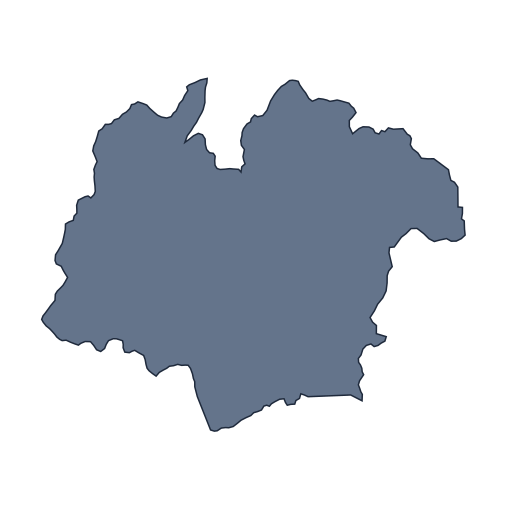 outline of Anicuns, Goiás, Brazil, rotated 7°
{"feature_id": "56859067B81756227980733", "entity_name": "Anicuns", "entity_type": "district", "adm_level": 2, "iso_a3": "BRA", "parent_name": "Brazil", "parent_adm1": "Goiás", "projection": "natural_earth1", "projection_center": [-49.983, -16.403], "detail": "fine", "context": "isolated", "style": "filled", "palette": "slate", "viewbox_px": 512, "rotation_deg": 7, "n_neighbors": 0, "source": "geoboundaries", "source_scale": "gbopen_adm2", "svg_char_len": 4003}
<svg xmlns="http://www.w3.org/2000/svg" viewBox="0 0 512 512"><g transform="rotate(7 256 256)"><path d="M56.3,333.9L54.0,338.0L51.9,341.4L51.0,345.1L53.0,347.8L56.3,351.0L59.9,353.2L63.2,355.9L65.6,358.0L68.2,360.7L71.2,362.6L73.9,363.6L77.8,362.7L82.5,364.2L86.8,365.3L90.6,366.1L92.8,364.0L96.8,361.7L102.2,361.2L105.8,364.5L109.2,368.5L113.5,369.7L117.0,366.3L118.1,362.0L119.9,358.0L124.4,355.5L127.6,355.2L130.6,355.7L133.9,356.4L135.0,360.0L135.3,363.3L137.5,367.4L142.1,367.4L144.6,365.6L147.1,364.4L151.3,366.3L156.6,368.4L158.6,372.3L160.1,377.1L161.6,380.7L163.8,382.9L167.6,385.3L171.5,387.4L174.2,383.3L178.0,380.4L181.1,378.3L183.4,376.0L187.6,374.9L191.5,373.1L195.5,373.6L199.1,372.9L202.0,372.7L204.7,375.6L207.3,380.7L208.8,385.2L210.5,388.2L211.2,393.3L214.9,402.7L232.1,434.2L236.0,434.9L238.8,434.2L242.6,431.0L246.7,430.0L249.9,429.8L254.2,428.0L258.1,424.1L261.2,420.8L265.9,417.6L270.3,415.0L272.8,411.8L276.6,410.2L280.2,408.2L282.1,404.0L284.8,402.8L287.6,403.5L289.3,400.8L292.5,398.3L296.9,395.3L301.2,394.3L303.1,397.8L305.2,400.3L308.6,399.0L312.5,398.3L313.2,394.6L316.5,392.1L317.3,387.3L321.1,388.1L324.8,389.3L366.9,382.4L378.9,386.8L378.4,380.4L376.6,378.0L375.1,374.8L373.3,371.4L374.0,367.2L377.3,360.7L375.5,358.0L374.7,354.5L373.0,351.5L370.8,349.0L370.1,345.2L372.3,341.5L373.4,335.4L376.4,331.3L380.8,329.3L384.3,331.5L388.0,329.9L391.0,327.1L394.3,324.8L395.1,320.2L384.9,318.4L384.0,310.3L379.8,307.5L376.7,303.2L380.2,296.0L382.6,289.0L386.9,282.2L389.4,274.8L389.4,266.8L388.6,259.5L389.5,254.8L392.5,250.0L387.6,236.7L387.5,231.2L392.1,230.2L398.0,219.6L402.2,215.5L406.5,209.9L412.5,209.0L419.9,213.4L425.6,217.8L431.2,219.9L436.6,217.7L443.0,215.5L447.9,217.5L453.0,216.8L457.7,213.7L461.0,209.8L459.7,204.0L458.4,195.8L455.4,194.1L455.7,188.6L455.0,182.6L450.5,182.7L449.5,175.0L447.9,163.0L444.0,158.6L440.2,157.2L438.1,151.9L436.5,146.9L420.6,137.8L414.8,138.6L408.2,138.8L404.1,134.0L398.3,130.5L395.6,126.8L395.9,120.6L394.1,117.9L391.3,116.7L386.4,111.7L377.0,113.4L371.8,112.7L368.8,116.9L365.3,116.2L363.2,119.9L359.2,119.2L356.8,115.8L352.4,114.2L346.5,114.7L342.8,116.9L337.0,122.9L332.9,116.3L332.1,110.1L334.7,106.6L337.8,101.5L335.0,97.4L332.3,95.7L329.6,93.0L325.0,92.3L320.5,91.6L317.5,91.3L313.9,92.5L310.5,93.5L307.4,92.6L303.3,92.1L298.9,92.1L296.3,93.7L293.0,95.5L289.2,93.2L285.3,88.0L282.3,85.1L278.5,80.8L276.6,77.5L273.8,77.1L270.6,77.1L267.9,77.8L263.9,82.0L260.5,84.6L257.4,88.9L254.7,93.5L251.6,100.3L249.2,110.0L245.6,115.8L240.5,117.6L237.4,116.3L234.6,120.2L234.2,123.6L231.0,126.0L228.1,131.1L227.2,135.1L227.4,138.4L226.8,143.3L228.0,147.9L231.5,151.7L231.0,159.0L232.2,162.5L233.9,165.9L231.0,169.2L230.9,174.5L228.2,172.1L222.9,172.4L219.3,172.5L214.6,173.6L209.8,174.5L206.7,173.9L204.3,171.0L203.4,166.5L203.3,161.9L201.1,159.3L197.3,159.2L194.0,156.3L192.2,151.7L191.2,146.0L188.1,142.2L183.8,141.3L179.3,144.3L175.2,148.6L171.6,151.9L173.1,145.1L176.4,139.3L178.4,134.7L180.6,130.7L182.3,126.0L184.7,120.3L185.7,117.0L186.6,109.9L185.9,104.7L185.3,98.1L185.3,94.4L186.1,90.2L185.9,85.7L179.4,88.0L174.3,91.3L168.9,94.2L166.6,96.6L168.2,100.2L165.6,105.4L164.2,110.1L161.4,114.0L160.3,118.1L159.0,121.8L156.6,124.3L154.9,128.0L150.6,129.9L145.3,129.6L141.2,128.3L137.2,125.7L132.6,122.5L129.2,119.5L125.4,118.5L120.0,117.4L117.0,119.9L114.0,120.9L112.8,125.1L109.8,128.9L106.2,131.6L103.2,136.1L98.8,138.1L96.4,142.2L93.7,143.3L90.4,143.7L87.8,148.5L84.7,151.1L83.9,156.6L82.9,162.1L81.5,166.5L81.2,171.6L84.7,177.7L86.8,181.7L85.6,185.1L84.5,189.8L85.6,193.6L85.7,197.3L86.4,201.0L87.6,205.9L88.6,211.5L87.8,214.8L85.0,218.5L82.0,216.9L79.1,218.0L72.8,222.2L71.8,227.5L72.5,231.6L73.0,235.3L70.6,238.5L70.3,242.9L66.3,244.9L63.0,247.5L63.5,252.8L63.3,256.2L62.9,260.6L62.2,267.1L59.0,274.8L56.9,279.2L57.1,285.0L58.8,288.2L63.9,289.9L66.5,293.8L68.4,296.3L71.6,300.2L69.7,305.0L68.0,308.7L65.9,311.5L63.1,315.0L61.5,318.4L61.9,324.6L58.3,330.2L56.3,333.9Z" fill="#64748b" stroke="#1e293b" stroke-width="1.5"/></g></svg>